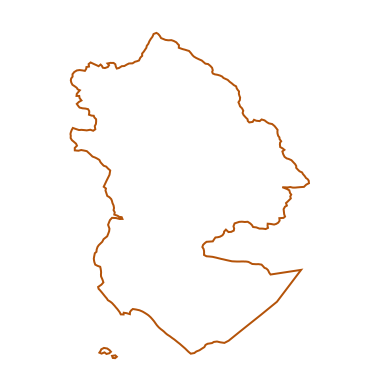 Macaé, Rio de Janeiro, Brazil, rotated 86°
{"feature_id": "56859067B80859432547876", "entity_name": "Macaé", "entity_type": "district", "adm_level": 2, "iso_a3": "BRA", "parent_name": "Brazil", "parent_adm1": "Rio de Janeiro", "projection": "equal_earth", "projection_center": [-41.985, -22.283], "detail": "fine", "context": "isolated", "style": "outline", "palette": "amber", "viewbox_px": 384, "rotation_deg": 86, "n_neighbors": 0, "source": "geoboundaries", "source_scale": "gbopen_adm2", "svg_char_len": 5437}
<svg xmlns="http://www.w3.org/2000/svg" viewBox="0 0 384 384"><g transform="rotate(86 192 192)"><path d="M307.4,114.9L277.3,88.6L279.8,119.4L277.9,120.6L275.3,121.6L273.6,123.1L272.7,125.0L271.1,126.2L269.3,127.7L268.6,130.7L268.5,133.2L268.0,136.9L265.7,140.5L265.2,142.6L264.8,146.5L264.6,151.0L264.3,153.8L263.9,157.0L262.4,162.2L261.4,165.4L260.8,167.5L259.2,172.4L258.1,176.1L257.6,178.9L257.1,182.1L255.6,184.4L253.7,184.2L251.8,184.1L249.7,184.4L247.6,185.5L245.5,184.6L244.0,182.9L242.7,181.0L242.7,177.5L242.7,174.7L240.8,173.3L239.0,171.8L238.9,169.3L238.5,167.1L237.3,164.6L235.4,163.1L233.7,162.7L231.9,160.8L234.5,158.4L234.5,155.7L233.4,153.0L231.4,152.5L229.1,153.0L226.3,151.7L225.1,147.0L225.1,144.3L225.6,141.4L225.6,138.5L227.5,136.0L229.2,134.5L231.2,133.5L231.8,130.3L233.2,127.3L233.5,123.8L234.1,121.1L233.1,118.7L231.0,119.0L228.9,118.7L229.4,115.5L230.2,112.4L229.7,110.2L228.6,108.1L226.7,106.6L224.2,106.7L224.2,102.5L223.0,100.9L220.7,101.6L218.2,101.7L215.5,101.8L213.2,100.3L212.2,98.3L209.6,99.0L208.2,97.2L206.7,95.5L205.3,93.9L203.3,94.3L201.5,93.2L199.8,94.3L197.1,94.8L195.5,97.3L193.5,101.6L193.9,98.3L194.1,96.0L193.9,93.6L194.6,91.3L194.8,88.7L194.7,84.4L194.7,80.0L192.6,77.5L191.4,74.7L188.8,74.8L187.2,75.8L186.0,77.3L183.9,78.5L181.8,80.1L180.2,80.8L178.8,83.3L177.0,84.9L175.1,86.4L173.4,86.2L171.5,87.1L169.3,88.9L167.2,90.6L165.8,93.2L165.1,95.2L163.4,97.2L160.6,98.4L157.8,99.0L156.4,96.9L154.8,98.6L153.3,100.9L150.6,101.0L148.9,100.7L147.6,99.5L145.4,100.9L143.6,101.0L142.0,102.1L139.7,102.6L137.7,102.6L136.0,102.3L133.9,103.7L131.9,105.1L129.8,107.3L128.9,110.5L127.6,112.4L125.6,114.6L124.5,117.5L126.0,119.5L125.4,122.9L124.3,125.1L126.3,126.6L126.6,130.0L125.0,131.4L123.3,131.5L121.4,133.2L118.8,135.2L116.7,136.0L114.5,135.2L112.1,136.2L109.9,138.1L108.0,138.6L105.7,139.4L103.8,137.9L101.1,137.4L99.3,138.0L97.3,138.4L94.9,138.1L93.3,139.3L91.6,140.2L89.7,140.6L88.3,142.8L86.4,144.7L84.7,146.7L82.6,148.6L81.5,150.7L80.4,152.7L79.0,153.8L77.8,155.9L76.9,158.3L76.2,161.1L75.2,163.0L73.6,163.5L72.0,162.8L69.5,163.3L67.6,164.8L65.5,167.0L64.9,169.7L62.9,171.7L61.5,173.1L60.2,175.6L58.5,178.6L57.0,180.7L55.5,182.0L53.2,183.5L51.1,185.1L50.4,187.0L49.6,189.0L48.8,191.4L47.2,195.1L44.6,194.8L43.2,196.0L41.6,197.2L40.1,199.6L39.1,201.9L39.0,205.1L38.4,207.9L37.3,210.1L36.3,212.1L33.9,213.3L32.0,214.7L30.8,216.4L31.7,219.3L34.3,220.6L36.5,222.5L38.8,224.1L41.1,225.2L43.0,226.9L45.0,227.5L46.5,228.7L48.6,230.3L50.4,232.1L52.7,232.2L54.3,234.1L57.1,235.7L57.7,237.7L58.1,239.8L59.5,242.3L59.4,245.9L60.4,248.3L61.6,250.7L61.6,253.3L63.2,256.2L63.6,258.4L61.7,259.2L59.2,259.6L57.8,261.2L57.5,264.5L57.9,267.3L59.7,265.9L61.4,267.2L62.3,270.2L61.8,272.3L59.9,273.1L58.5,274.3L60.0,276.4L58.9,278.3L57.4,281.1L55.7,284.1L57.2,286.2L59.7,286.0L60.0,288.6L61.7,288.9L63.7,290.4L63.1,292.6L62.5,295.6L62.7,298.4L64.1,301.1L66.2,303.0L68.6,303.1L70.3,304.6L72.1,305.1L74.3,304.8L76.7,303.8L78.3,301.7L80.0,299.7L81.6,298.9L82.7,296.8L84.5,298.6L86.1,300.1L88.1,300.5L88.3,297.8L90.4,297.6L93.0,295.9L94.3,298.6L96.1,300.8L98.2,299.5L99.9,298.3L100.9,295.3L101.3,292.6L102.1,289.9L104.1,288.9L105.8,289.0L107.7,289.4L108.8,286.8L109.1,284.7L110.8,284.2L112.7,282.6L114.9,282.7L117.4,283.1L119.5,284.4L122.7,284.1L124.0,286.3L122.8,289.1L123.2,292.7L122.7,295.4L122.3,297.8L122.3,300.4L121.2,303.1L119.8,306.4L121.8,307.7L124.0,308.7L125.7,309.2L127.3,309.0L129.7,309.3L131.9,308.2L133.7,306.3L135.7,304.3L137.8,303.5L139.9,305.9L142.3,306.0L142.9,302.5L142.4,299.6L143.1,296.9L143.9,294.1L145.7,292.4L147.5,290.7L149.7,288.8L150.9,286.2L151.9,284.5L153.5,282.2L156.1,281.1L158.0,279.6L159.6,278.3L160.7,275.8L162.7,274.2L164.8,272.1L169.1,273.1L174.7,276.4L180.6,279.7L182.5,277.6L184.5,278.2L186.8,277.6L190.0,276.8L191.4,274.8L193.4,273.1L195.2,272.5L197.5,272.1L199.9,271.2L202.5,270.9L204.6,271.5L206.9,270.5L209.1,271.1L210.5,267.9L211.7,266.4L212.2,263.9L214.0,263.3L213.9,266.0L212.7,269.5L212.2,273.6L214.3,275.8L216.3,276.8L218.9,278.0L222.8,276.9L225.4,277.4L227.6,278.4L230.3,279.7L232.9,283.5L235.4,285.0L238.6,288.8L240.3,290.1L242.7,291.1L245.0,291.5L246.3,293.2L249.5,294.1L251.7,294.6L253.5,294.5L255.1,294.3L257.7,293.6L259.0,291.5L260.2,288.8L261.9,288.5L264.3,288.3L265.9,288.3L268.1,288.6L269.9,288.6L273.2,287.4L276.0,286.7L278.1,288.8L280.2,292.3L282.1,291.9L283.5,290.7L286.1,288.8L288.7,287.0L290.7,285.6L292.3,284.4L294.0,283.5L295.8,281.0L297.3,279.4L298.7,278.3L300.2,277.1L301.8,276.0L303.2,274.9L304.7,273.9L306.9,272.5L309.1,271.6L309.4,268.8L307.7,268.5L308.3,265.7L309.5,262.5L307.4,262.2L305.9,261.0L304.6,259.2L305.3,256.1L306.3,252.7L307.8,249.7L309.3,247.5L310.7,245.6L312.0,244.0L314.1,242.0L316.3,240.3L318.4,238.8L320.4,237.6L322.5,236.3L324.8,234.5L326.6,232.7L327.8,231.3L329.2,229.8L331.1,228.1L332.6,226.5L334.3,224.2L336.3,221.9L337.9,219.9L339.4,218.3L340.9,216.7L342.6,214.8L344.0,213.4L345.8,211.6L347.7,209.7L349.3,208.3L351.1,206.7L353.2,204.5L352.8,200.9L351.4,198.8L350.4,195.6L348.7,192.6L347.6,190.5L345.5,189.2L344.5,187.1L344.3,184.8L344.1,182.6L343.1,180.7L342.9,177.5L343.9,174.3L344.8,170.2L342.9,165.8L334.5,153.8L327.6,143.8L319.2,131.6L307.4,114.9ZM346.9,293.5L345.9,290.5L347.6,288.6L347.1,285.8L345.7,284.0L344.0,285.3L342.2,287.5L341.4,290.7L342.6,293.5L344.3,294.4L345.8,295.6L346.9,293.5ZM352.0,282.6L352.4,280.3L351.1,278.5L349.6,279.9L349.9,283.2L352.0,282.6Z" fill="none" stroke="#b45309" stroke-width="2"/></g></svg>